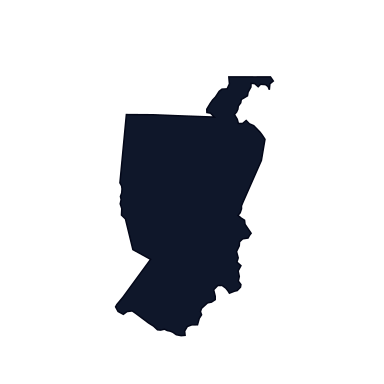 Quebrangulo, Alagoas, Brazil (Robinson projection), rotated 134°
{"feature_id": "56859067B65057144829282", "entity_name": "Quebrangulo", "entity_type": "district", "adm_level": 2, "iso_a3": "BRA", "parent_name": "Brazil", "parent_adm1": "Alagoas", "projection": "robinson", "projection_center": [-36.476, -9.309], "detail": "fine", "context": "isolated", "style": "filled", "palette": "ink", "viewbox_px": 384, "rotation_deg": 134, "n_neighbors": 0, "source": "geoboundaries", "source_scale": "gbopen_adm2", "svg_char_len": 1611}
<svg xmlns="http://www.w3.org/2000/svg" viewBox="0 0 384 384"><g transform="rotate(134 192 192)"><path d="M54.7,215.5L66.3,227.5L83.6,245.5L85.9,242.9L88.2,240.2L93.4,238.4L97.2,241.9L100.7,242.4L107.4,241.1L111.4,241.1L115.7,240.4L122.2,238.9L124.5,236.5L122.4,233.4L122.6,228.0L141.9,249.5L147.2,255.4L163.5,273.7L181.9,293.0L235.5,250.2L236.5,246.9L238.4,244.5L241.5,241.9L244.9,240.4L246.7,237.7L250.4,235.4L252.7,231.0L257.6,226.7L257.6,221.2L274.5,194.5L269.2,175.0L315.7,168.6L325.1,167.9L327.7,167.2L329.3,162.2L327.7,156.4L323.2,155.7L319.1,152.4L318.4,148.2L316.4,132.2L315.2,126.5L315.1,121.1L313.1,118.6L309.8,116.5L308.9,113.6L307.3,111.1L306.2,108.4L305.6,104.2L302.9,100.0L299.9,97.4L297.1,100.7L292.0,101.9L287.8,99.9L283.7,95.8L277.8,99.0L273.7,99.8L272.2,102.8L269.1,104.3L261.0,103.8L257.7,101.5L253.3,100.5L250.9,102.8L247.3,108.5L241.4,108.5L238.3,105.4L237.7,100.9L238.1,97.6L238.8,94.8L233.8,92.5L231.5,91.0L226.8,91.0L224.6,92.5L223.9,96.8L219.9,99.3L216.7,104.0L211.0,105.6L211.2,111.0L207.3,113.0L203.9,118.6L197.9,120.6L194.8,123.2L190.5,123.0L186.2,119.7L183.2,120.5L180.6,120.8L179.7,125.2L178.4,131.4L175.8,134.6L176.6,138.5L176.9,142.7L173.5,142.9L169.7,144.7L167.6,146.8L164.6,148.0L121.1,164.0L103.4,176.1L102.3,180.9L101.7,184.7L101.4,193.7L103.1,198.2L102.9,202.7L107.6,203.2L110.5,206.2L108.2,210.0L106.8,215.3L103.5,215.5L100.6,216.5L98.0,218.4L94.0,218.9L91.2,220.8L84.3,218.9L81.2,221.0L75.6,222.5L72.8,225.0L70.5,222.2L70.3,217.5L66.9,217.5L63.7,213.7L63.3,210.6L64.7,207.4L60.1,211.1L55.7,210.6L54.7,215.5Z" fill="#0f172a" stroke="#020617" stroke-width="1.5"/></g></svg>